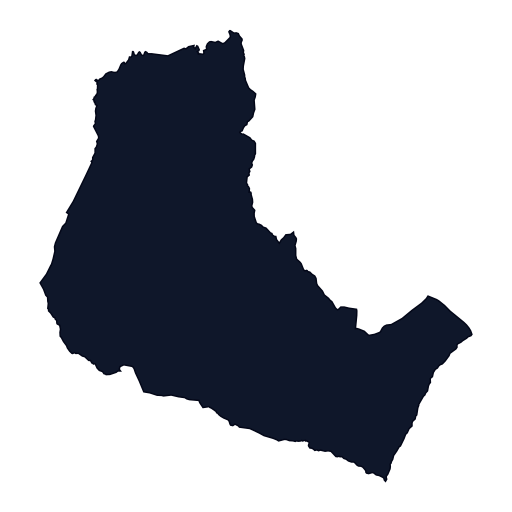 the district of Sogamoso, Boyacá, Colombia
{"feature_id": "7082276B30941570566225", "entity_name": "Sogamoso", "entity_type": "district", "adm_level": 2, "iso_a3": "COL", "parent_name": "Colombia", "parent_adm1": "Boyacá", "projection": "robinson", "projection_center": [-72.881, 5.676], "detail": "fine", "context": "isolated", "style": "filled", "palette": "ink", "viewbox_px": 512, "rotation_deg": 0, "n_neighbors": 0, "source": "geoboundaries", "source_scale": "gbopen_adm2", "svg_char_len": 5906}
<svg xmlns="http://www.w3.org/2000/svg" viewBox="0 0 512 512"><path d="M203.0,407.5L209.1,406.6L209.8,407.4L211.4,408.1L216.2,411.5L216.6,412.7L217.9,413.3L218.7,414.5L220.9,416.3L223.8,418.0L228.1,419.8L229.2,421.3L230.0,424.0L230.6,425.1L232.8,425.6L235.0,424.1L238.4,425.9L239.4,427.1L249.8,428.5L259.3,433.0L264.0,435.6L273.2,438.3L276.9,439.8L278.6,440.9L284.3,439.4L286.4,439.5L289.4,440.6L293.0,440.8L295.3,441.4L296.1,440.9L298.7,441.2L300.9,440.9L301.9,440.4L302.7,441.0L303.9,440.5L305.5,440.4L305.9,441.1L306.7,440.7L307.7,441.5L308.5,441.7L309.3,442.7L308.5,445.2L308.6,446.0L309.9,448.0L311.5,448.1L313.3,449.0L314.8,450.4L316.9,449.9L318.5,450.7L320.4,450.1L325.1,451.2L328.1,450.8L331.0,451.3L335.9,456.5L337.4,456.7L339.2,456.2L339.8,456.7L342.1,456.7L343.8,458.4L346.2,459.2L348.4,460.9L351.5,462.0L353.7,462.0L354.5,462.4L357.1,465.2L358.5,466.0L361.2,466.2L362.9,467.2L365.3,470.0L365.8,471.0L366.0,472.5L366.6,473.1L368.6,473.6L372.0,472.6L373.4,472.7L376.2,474.9L379.2,475.5L383.0,477.4L383.9,478.3L384.3,480.0L385.5,481.3L386.7,479.2L386.2,477.2L386.4,476.0L387.7,474.3L390.0,468.9L390.3,466.5L390.1,464.1L390.9,463.4L391.5,461.4L392.7,459.3L393.6,455.5L396.6,451.2L399.2,446.7L400.4,446.0L404.0,438.6L405.6,434.3L407.2,432.8L409.1,428.6L412.0,426.0L412.0,423.0L412.5,421.4L415.1,419.0L415.7,416.0L416.7,415.0L417.8,407.8L418.7,405.4L418.7,404.4L423.4,396.2L424.8,395.0L425.6,393.0L427.5,390.9L428.4,386.0L429.2,384.0L430.4,382.5L430.2,378.8L431.1,377.6L432.4,376.7L433.3,372.5L435.3,369.3L437.4,368.0L438.8,365.8L440.2,364.7L442.3,363.9L445.1,361.0L449.0,355.7L449.9,353.3L455.9,348.9L457.0,347.2L456.9,345.4L457.4,344.0L460.9,342.2L462.6,340.7L466.6,338.2L468.0,336.8L470.9,335.7L471.9,334.4L470.6,330.8L468.9,328.0L466.5,325.0L463.8,322.4L450.1,311.2L444.7,305.7L438.9,301.0L436.6,299.6L428.0,296.1L426.4,298.6L421.7,303.2L412.1,310.3L402.2,318.5L391.3,324.6L386.6,325.1L384.3,326.2L382.4,328.1L380.5,331.7L379.5,332.5L374.5,334.4L369.1,335.4L368.1,334.9L364.3,331.3L358.9,329.1L356.7,328.5L355.4,328.7L356.7,315.4L356.8,310.8L356.5,309.3L348.9,308.2L344.3,307.1L340.8,307.1L338.7,309.2L337.5,309.8L336.6,309.2L335.3,307.8L331.9,301.7L329.9,300.1L328.5,298.3L324.3,295.0L322.4,291.1L317.5,285.6L316.6,283.5L316.0,278.4L314.7,276.0L312.0,274.3L309.8,272.1L308.0,271.7L307.1,270.6L306.5,270.4L305.1,270.9L304.3,270.6L303.3,269.1L301.2,263.8L300.2,262.4L296.6,259.2L295.7,255.5L295.7,248.5L294.9,245.6L296.2,241.1L296.4,238.9L295.8,237.6L293.9,235.3L293.5,232.1L290.6,234.4L285.9,234.8L283.7,237.8L281.4,239.8L279.3,243.3L276.5,239.6L275.8,236.5L274.6,236.5L272.4,235.0L271.9,233.5L270.4,232.9L266.0,228.1L263.0,227.1L261.5,225.4L259.1,224.2L257.5,223.9L256.3,222.9L254.2,216.5L254.1,213.3L254.7,210.3L252.2,207.5L251.7,205.9L252.6,202.3L252.4,199.3L251.1,194.6L251.1,193.1L250.6,192.1L249.2,192.2L249.4,188.5L248.4,186.6L247.4,185.7L247.5,184.6L246.6,183.4L246.5,182.7L247.1,176.9L249.2,175.1L248.9,172.8L249.8,171.6L249.2,168.9L251.6,167.0L252.3,164.9L251.7,163.3L251.8,162.5L252.3,161.1L253.7,159.2L254.5,156.7L254.5,155.5L255.4,153.7L255.4,143.4L254.1,141.2L251.7,140.2L249.9,137.8L243.4,134.1L242.0,134.2L239.8,132.5L240.3,131.5L242.1,130.8L243.4,127.7L244.8,125.7L246.8,124.6L247.4,121.7L248.8,121.0L252.7,116.7L253.5,112.9L254.8,109.3L254.1,100.1L255.2,96.9L255.7,93.9L252.9,91.4L250.4,89.7L248.6,87.9L245.4,80.3L245.2,78.4L244.6,76.7L244.6,75.0L243.1,69.3L243.3,66.0L244.7,58.5L244.3,56.6L243.5,55.0L244.1,54.3L243.3,52.6L243.6,50.5L241.1,43.9L241.2,42.2L242.1,40.2L242.0,39.0L239.3,35.9L238.3,33.6L236.3,32.9L233.9,33.1L230.3,30.7L229.7,30.7L228.9,31.8L230.2,35.0L230.3,37.3L225.0,42.7L224.0,43.3L222.4,43.6L218.1,41.2L215.3,42.5L211.1,41.6L209.5,41.9L207.5,43.8L206.6,45.8L206.3,46.8L206.7,49.3L203.6,50.6L204.0,53.4L203.0,54.3L200.3,53.9L198.4,54.2L198.2,53.7L198.8,53.3L197.3,51.6L198.8,50.7L199.2,49.7L197.7,46.3L196.8,45.8L195.2,48.7L194.7,47.9L193.6,47.5L194.0,45.5L188.6,46.7L185.9,48.9L184.1,48.3L167.9,55.9L151.5,53.8L148.0,53.8L146.7,52.3L145.5,51.7L144.8,52.3L143.9,54.9L143.2,55.5L141.5,55.1L140.1,52.4L139.4,51.9L138.7,52.5L137.4,54.8L136.5,55.4L135.6,55.4L134.3,54.8L133.5,52.1L133.1,51.6L132.6,51.6L131.9,56.2L130.8,57.2L129.5,57.0L128.7,59.8L125.8,63.6L124.8,63.8L124.2,62.4L123.6,62.3L121.7,63.6L120.9,64.8L119.0,69.3L117.2,72.0L115.7,72.4L113.8,72.4L111.4,71.8L109.2,72.2L105.9,73.9L103.7,76.8L102.3,78.0L99.6,79.2L98.6,80.6L97.9,80.6L96.4,79.6L95.9,80.4L95.5,79.9L95.0,80.5L97.4,82.5L96.9,83.9L97.5,84.0L97.6,85.4L97.5,88.6L97.1,89.8L97.4,90.0L97.3,93.5L96.3,94.6L96.5,95.6L95.6,95.7L95.1,96.8L94.3,97.1L93.9,98.7L93.2,99.6L94.1,100.3L94.0,101.2L94.9,101.8L94.5,102.6L95.3,103.3L95.4,104.6L97.0,105.5L95.9,108.4L95.5,111.1L96.1,115.4L95.5,120.4L95.0,121.2L95.4,123.2L95.1,124.2L93.9,125.6L93.6,126.4L98.4,135.8L98.7,137.6L98.4,138.7L96.7,141.4L97.3,143.3L97.2,144.6L96.3,147.2L95.1,148.6L95.1,153.1L92.7,157.5L92.7,159.2L92.4,160.4L91.2,161.3L92.0,162.5L85.8,175.7L73.3,201.5L66.6,212.5L68.8,214.0L65.9,223.1L62.6,226.5L55.5,242.9L54.5,246.8L54.9,251.3L53.1,259.1L51.2,265.4L50.9,265.3L46.5,274.2L40.1,282.9L43.6,289.2L45.8,295.2L47.6,297.1L47.8,301.1L48.3,303.5L47.8,308.5L48.6,309.3L48.6,310.9L50.7,313.0L53.3,317.0L55.0,317.8L55.2,319.0L56.7,320.5L56.9,323.2L57.2,323.9L59.7,325.3L60.5,329.2L60.0,332.4L60.2,336.2L61.4,337.5L63.5,341.5L66.6,345.7L67.4,347.9L69.7,351.2L71.9,353.3L72.7,353.5L74.3,352.6L75.6,353.4L78.5,353.3L82.3,356.0L84.8,356.7L88.7,360.4L90.5,360.5L91.9,363.0L92.9,363.3L93.4,364.0L94.7,363.7L95.4,364.2L97.1,368.0L99.3,370.4L102.6,371.6L104.0,373.7L105.6,374.1L106.1,374.6L109.9,374.4L116.1,372.3L117.8,371.0L120.5,371.0L119.2,369.2L120.0,366.6L123.8,364.8L131.9,366.3L132.9,366.9L134.1,368.6L135.6,373.0L139.3,380.9L143.8,391.8L149.8,392.8L157.1,395.2L161.6,395.4L163.5,395.9L171.2,395.0L178.4,396.7L184.9,397.6L186.7,398.8L189.4,399.6L198.9,400.4L199.8,402.7L203.0,407.5Z" fill="#0f172a" stroke="#020617" stroke-width="1.5"/></svg>